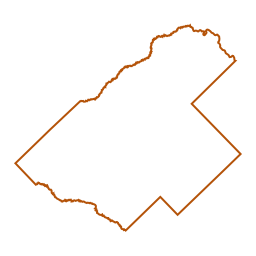 Zapala, Neuquén, Argentina
{"feature_id": "61730980B1496247249680", "entity_name": "Zapala", "entity_type": "district", "adm_level": 2, "iso_a3": "ARG", "parent_name": "Argentina", "parent_adm1": "Neuquén", "projection": "albers", "projection_center": [-69.903, -38.894], "detail": "fine", "context": "isolated", "style": "outline", "palette": "amber", "viewbox_px": 256, "rotation_deg": 0, "n_neighbors": 0, "source": "geoboundaries", "source_scale": "gbopen_adm2", "svg_char_len": 5614}
<svg xmlns="http://www.w3.org/2000/svg" viewBox="0 0 256 256"><path d="M125.7,230.5L160.3,196.9L177.6,214.8L223.5,170.6L240.6,154.0L191.7,103.8L235.4,60.8L234.8,60.6L234.5,60.1L234.2,57.7L233.2,56.0L232.4,55.8L231.1,56.9L229.6,57.1L228.5,55.0L225.8,53.2L224.9,50.8L224.5,50.4L222.6,49.9L220.3,47.4L220.1,46.8L220.2,45.3L219.7,44.1L219.2,43.4L218.3,42.9L218.2,42.4L218.4,41.7L219.1,40.9L219.3,40.0L219.4,38.7L219.1,36.4L218.2,35.7L217.6,34.8L217.1,34.6L215.6,35.2L214.8,35.0L213.0,33.2L211.6,32.7L210.2,31.1L209.1,30.4L208.9,30.1L207.7,29.6L206.7,29.8L206.5,30.0L206.3,30.7L205.9,31.0L206.5,32.5L206.3,33.2L204.8,35.0L204.4,35.2L203.9,35.1L203.4,34.6L203.3,33.9L204.0,32.7L204.2,31.8L204.0,31.5L202.8,31.2L201.8,31.4L200.8,30.3L200.1,30.1L199.5,30.4L198.4,31.4L197.5,31.3L196.9,30.8L195.7,30.6L194.1,31.1L193.7,30.9L193.2,30.0L192.6,27.8L191.8,27.6L191.4,26.9L190.7,27.0L190.2,26.6L190.0,25.5L189.8,25.7L189.8,26.4L189.4,26.2L189.2,25.7L188.3,25.9L187.8,25.7L187.3,25.8L186.9,26.3L186.5,26.1L186.0,26.5L185.6,26.1L185.0,26.6L183.6,26.6L182.8,27.3L182.6,26.9L182.2,26.9L182.0,27.4L181.2,27.3L180.7,28.0L180.3,27.4L179.6,27.8L178.6,27.7L177.4,29.1L177.6,29.3L177.5,29.8L177.0,30.1L176.9,30.7L176.4,30.8L175.7,31.7L174.4,31.6L173.5,31.9L173.5,32.6L173.0,33.1L172.0,33.3L171.8,33.7L171.1,33.7L171.0,34.0L171.1,34.6L170.7,34.6L170.5,35.1L169.6,35.1L169.0,35.7L168.3,35.5L167.0,36.1L165.7,35.3L165.5,35.6L165.0,35.4L164.5,35.9L164.1,35.2L163.8,35.9L163.0,35.7L162.7,35.9L162.5,36.7L161.8,36.1L161.3,36.7L160.7,36.9L160.2,36.8L159.6,36.2L159.1,36.3L158.6,36.0L158.0,36.3L157.7,36.8L157.2,36.8L157.4,37.4L156.8,37.6L156.2,38.4L155.5,38.6L155.0,38.3L154.8,38.5L154.9,38.9L153.9,38.8L154.0,39.8L152.9,39.9L152.8,41.1L152.9,41.8L152.6,42.0L152.5,42.5L151.6,42.9L151.6,43.6L151.2,43.8L151.5,44.6L151.3,45.0L151.4,45.5L150.9,46.2L150.8,46.7L151.2,47.6L150.7,48.0L151.0,48.5L151.5,48.8L151.1,50.2L151.2,50.9L150.8,51.5L151.4,51.7L150.9,52.5L151.0,52.9L150.3,53.1L150.5,53.9L149.8,54.6L150.0,55.2L149.3,55.4L149.3,55.7L149.7,56.0L148.5,56.9L148.0,57.5L148.5,57.8L148.4,58.1L147.3,58.2L146.9,57.9L146.1,58.6L145.4,58.5L144.8,58.8L144.8,59.6L144.0,59.5L143.6,59.8L142.8,59.6L142.6,59.9L142.7,60.3L141.7,60.1L141.6,60.5L141.9,60.7L141.7,61.0L139.5,61.8L139.3,62.3L138.9,62.6L138.6,62.6L137.9,62.2L137.5,62.6L137.4,62.2L137.2,62.2L136.7,62.8L136.1,62.6L135.9,63.0L136.0,63.7L135.7,64.0L135.2,64.0L135.0,64.7L134.4,64.6L134.0,65.0L133.5,64.8L133.4,65.1L132.1,65.7L131.8,66.1L130.7,66.1L130.3,65.7L128.8,65.9L128.5,66.4L127.5,66.0L127.0,66.4L127.8,66.8L127.8,67.1L127.5,67.4L127.1,67.3L126.9,67.0L126.1,66.5L125.8,67.1L125.0,66.8L124.6,67.5L124.3,67.4L123.7,68.4L122.1,69.2L122.0,69.7L122.2,70.1L122.1,70.3L121.8,70.4L121.0,70.1L120.3,71.1L120.6,71.5L119.5,71.8L119.4,72.9L118.4,73.7L118.5,74.4L117.6,74.8L117.1,75.9L117.2,76.8L116.9,77.6L116.3,77.5L116.0,78.3L115.2,78.8L114.8,78.5L113.9,79.1L113.8,78.7L113.6,78.6L113.3,78.8L113.2,79.2L112.9,79.3L112.4,79.0L112.0,79.6L112.5,79.8L112.5,80.4L111.9,80.5L111.2,81.5L110.7,81.6L110.4,82.1L109.0,81.7L108.4,82.5L107.4,83.0L107.2,83.6L106.4,83.6L106.4,84.3L106.2,84.7L106.2,85.2L105.6,85.7L105.3,86.3L105.3,86.9L104.8,86.6L104.3,87.0L104.1,87.7L103.5,87.9L103.2,88.4L102.9,89.5L101.9,89.9L102.0,90.3L101.9,90.9L101.4,91.5L101.5,92.6L100.2,93.4L99.6,94.1L99.6,94.7L98.9,95.1L99.0,96.0L98.2,96.9L97.7,97.3L96.9,97.1L96.3,97.8L96.3,98.3L95.5,98.4L95.2,99.5L94.9,99.5L94.4,98.9L94.1,99.1L93.4,98.9L92.6,99.3L91.7,99.2L91.3,99.5L90.8,99.3L90.3,99.8L89.5,99.8L89.1,100.3L88.7,100.2L88.2,99.8L87.1,101.2L85.9,100.8L85.7,101.4L84.9,101.7L83.8,101.7L83.3,101.1L83.0,101.3L82.5,101.0L81.1,100.9L80.8,101.3L80.2,101.2L50.2,129.5L15.4,163.3L35.8,184.7L36.3,184.4L37.1,184.2L37.3,183.4L37.8,183.4L38.3,182.6L39.2,183.0L39.5,183.5L40.1,183.7L40.4,184.1L41.3,184.0L41.5,184.4L42.1,184.4L42.4,184.1L43.2,184.7L43.9,184.2L44.1,184.4L43.9,184.8L44.0,185.1L44.3,185.1L44.5,184.9L45.3,185.1L44.8,185.6L45.0,186.0L46.1,185.6L45.9,186.0L46.4,186.4L46.8,185.5L47.2,185.5L47.5,185.9L47.4,186.7L48.0,187.1L48.3,187.8L48.3,188.2L48.8,188.6L49.0,189.2L49.7,189.7L50.9,189.7L51.5,190.4L51.7,192.7L52.2,193.0L52.1,193.3L52.4,193.6L52.9,193.7L53.2,193.5L53.1,194.2L53.8,194.2L54.2,194.5L54.3,194.8L54.0,195.1L54.9,196.2L54.8,196.7L55.1,197.2L55.8,197.3L56.9,198.5L59.1,199.6L59.7,200.2L60.5,200.2L61.4,200.9L61.5,201.4L62.3,201.6L62.7,201.5L63.3,200.8L64.5,200.7L65.1,199.8L65.4,200.0L65.6,201.1L66.1,201.3L66.9,200.2L67.2,200.2L67.7,200.7L68.5,200.2L68.8,199.8L69.4,199.8L69.7,200.1L70.1,199.8L70.8,199.7L70.9,200.2L71.8,200.7L71.5,201.2L71.5,201.5L73.0,201.3L73.5,200.6L74.3,200.3L75.7,200.9L76.3,200.5L78.0,200.2L78.6,199.8L79.4,200.4L79.0,201.0L79.3,201.4L79.8,201.3L80.5,200.7L80.9,200.9L81.0,201.5L81.8,201.4L82.6,201.8L83.2,201.5L84.0,201.6L85.0,202.3L86.8,203.0L87.3,202.7L89.0,202.9L89.5,203.2L90.2,202.8L90.7,202.9L91.4,203.6L92.4,203.5L92.7,204.0L93.9,204.2L95.2,204.9L95.8,205.7L95.9,207.0L95.7,207.8L95.0,208.6L96.4,209.2L96.5,209.8L95.8,210.5L97.1,211.1L97.0,212.9L97.7,213.2L99.1,214.4L100.0,214.8L101.3,215.0L102.0,214.6L102.0,215.0L102.3,215.1L102.2,215.3L102.3,215.8L102.7,216.0L103.6,215.7L103.7,216.2L104.4,216.3L104.9,217.2L107.2,218.0L107.5,218.4L108.0,218.0L108.3,218.0L108.9,219.3L109.8,219.4L110.6,221.2L111.2,221.0L111.4,220.4L112.0,220.4L113.5,221.6L114.5,221.9L115.0,222.4L115.7,222.5L116.5,222.0L117.1,222.1L117.2,222.3L118.0,222.8L118.0,223.3L118.4,224.0L118.9,224.4L119.4,224.6L119.3,225.2L119.7,225.9L120.0,226.2L120.4,225.9L121.1,226.6L121.2,227.2L121.1,227.8L121.7,228.9L122.7,229.2L123.9,229.2L124.0,230.1L125.2,229.9L125.7,230.5Z" fill="none" stroke="#b45309" stroke-width="2"/></svg>